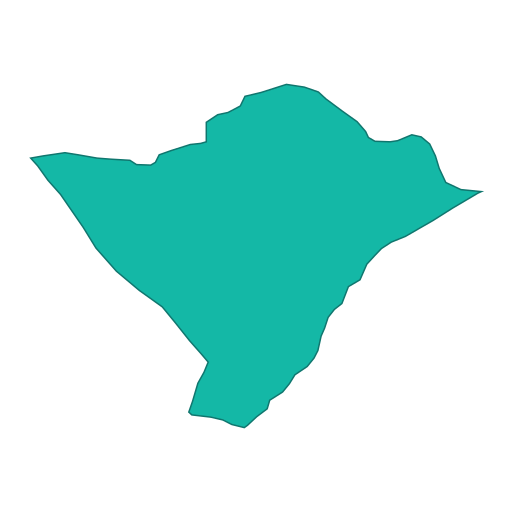 outline of Robertsfors, Västerbotten, Sweden
{"feature_id": "70781695B17714148738486", "entity_name": "Robertsfors", "entity_type": "district", "adm_level": 2, "iso_a3": "SWE", "parent_name": "Sweden", "parent_adm1": "Västerbotten", "projection": "robinson", "projection_center": [20.776, 64.169], "detail": "fine", "context": "isolated", "style": "filled", "palette": "teal", "viewbox_px": 512, "rotation_deg": 0, "n_neighbors": 0, "source": "geoboundaries", "source_scale": "gbopen_adm2", "svg_char_len": 1183}
<svg xmlns="http://www.w3.org/2000/svg" viewBox="0 0 512 512"><path d="M30.7,158.1L37.7,165.9L47.9,180.2L60.5,194.4L83.3,227.5L96.0,248.1L116.4,271.2L139.4,290.5L162.3,306.9L175.6,323.1L189.5,340.6L201.0,353.6L208.2,362.1L204.0,372.3L197.9,383.2L192.5,401.5L188.8,412.1L191.8,414.9L210.6,417.1L222.7,419.9L231.8,424.5L244.3,427.6L247.5,425.3L256.7,416.7L267.2,408.8L269.7,400.2L282.6,392.0L289.4,383.7L294.9,374.8L307.2,366.5L314.0,358.1L317.9,350.5L321.1,336.1L324.6,328.1L328.1,317.4L334.4,309.4L341.9,303.5L348.4,286.6L360.0,279.8L366.8,264.2L374.7,255.6L381.5,248.5L391.3,242.1L405.4,236.4L420.1,227.9L433.0,220.5L452.6,208.1L477.8,193.2L481.3,191.6L460.9,189.6L445.8,182.5L439.2,168.4L435.4,155.9L429.7,144.0L421.2,136.9L411.8,134.8L397.6,140.7L390.1,141.8L375.0,141.3L368.4,137.5L365.6,131.5L357.1,121.7L342.0,110.9L326.0,99.0L318.4,92.0L304.3,87.1L286.4,84.4L261.0,92.5L245.0,96.3L240.3,106.0L228.0,112.5L217.7,114.7L206.3,122.3L206.3,132.0L206.3,141.8L200.7,143.4L190.3,144.5L171.4,150.5L159.2,154.8L155.4,162.4L150.7,165.1L136.5,164.6L129.9,160.3L111.1,159.2L97.0,158.1L78.1,154.8L64.9,152.7L43.2,155.9L30.7,158.1Z" fill="#14b8a6" stroke="#0f766e" stroke-width="1.5"/></svg>